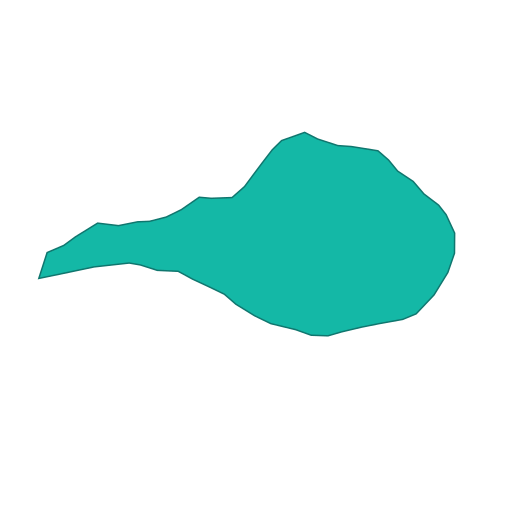 Karpaseia, Cyprus (Equal Earth projection), rotated 41°
{"feature_id": "46923920B2275839415846", "entity_name": "Karpaseia", "entity_type": "district", "adm_level": 2, "iso_a3": "CYP", "parent_name": "Cyprus", "parent_adm1": "", "projection": "equal_earth", "projection_center": [33.063, 35.283], "detail": "fine", "context": "isolated", "style": "filled", "palette": "teal", "viewbox_px": 512, "rotation_deg": 41, "n_neighbors": 0, "source": "geoboundaries", "source_scale": "gbopen_adm2", "svg_char_len": 823}
<svg xmlns="http://www.w3.org/2000/svg" viewBox="0 0 512 512"><g transform="rotate(41 256 256)"><path d="M106.8,415.4L125.7,390.6L140.9,370.5L152.9,357.5L164.9,344.5L174.6,338.6L190.9,331.6L207.3,318.6L223.6,315.0L239.9,310.3L257.2,305.6L272.5,305.6L294.2,302.0L311.6,297.3L334.4,285.5L349.6,279.6L362.7,269.0L370.3,257.2L382.2,240.6L393.1,226.5L408.3,207.6L414.8,194.6L415.9,168.6L411.6,142.6L404.0,123.7L390.9,108.4L372.4,100.1L360.5,97.8L342.0,99.0L325.7,96.6L307.2,99.0L293.1,96.6L279.0,96.6L256.2,110.8L245.3,119.0L225.7,127.3L211.6,130.8L199.6,152.1L198.6,165.1L199.6,181.6L200.7,196.9L201.8,211.1L199.6,227.6L184.4,241.8L174.6,248.9L169.2,270.1L162.7,285.5L152.9,299.7L144.2,307.9L132.3,323.3L114.9,335.1L107.2,359.9L104.0,374.1L96.1,390.4L106.8,415.4Z" fill="#14b8a6" stroke="#0f766e" stroke-width="1.5"/></g></svg>